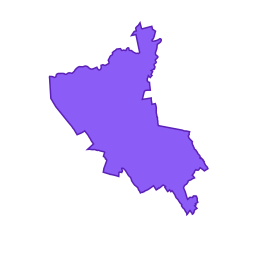 the district of Popricani, Iasi, Romania, rotated 346°
{"feature_id": "2599482B80452302605410", "entity_name": "Popricani", "entity_type": "district", "adm_level": 2, "iso_a3": "ROU", "parent_name": "Romania", "parent_adm1": "Iasi", "projection": "albers", "projection_center": [27.54, 47.269], "detail": "fine", "context": "isolated", "style": "filled", "palette": "violet", "viewbox_px": 256, "rotation_deg": 346, "n_neighbors": 0, "source": "geoboundaries", "source_scale": "gbopen_adm2", "svg_char_len": 5785}
<svg xmlns="http://www.w3.org/2000/svg" viewBox="0 0 256 256"><g transform="rotate(346 128 128)"><path d="M186.9,146.5L183.6,144.9L183.4,145.0L182.0,144.5L180.1,143.2L177.5,142.0L176.0,141.3L161.2,134.5L158.2,133.1L158.0,132.9L158.0,132.2L158.2,130.1L158.6,128.4L158.7,126.4L159.1,125.3L159.0,124.1L158.8,123.8L158.7,123.8L159.0,122.7L159.1,119.9L160.3,115.5L160.4,114.8L160.5,112.5L160.3,110.9L157.0,110.8L157.4,106.1L157.8,104.5L148.8,103.7L152.6,96.6L153.6,95.9L155.4,95.9L156.7,96.2L158.8,96.7L159.5,91.3L159.9,88.9L159.0,88.5L158.7,88.2L158.4,87.1L158.2,86.8L158.0,86.6L158.4,85.7L158.7,84.6L159.1,84.3L159.4,83.9L160.4,82.2L161.8,84.4L163.4,83.2L164.0,82.9L163.4,81.6L165.5,79.3L164.4,77.8L167.5,77.3L167.4,76.8L168.1,76.6L168.4,76.4L168.7,75.8L169.0,75.0L168.6,74.0L168.5,73.3L168.6,72.7L169.0,72.3L170.8,71.6L171.2,71.2L171.3,71.0L171.3,70.5L170.9,69.2L170.9,68.6L171.1,68.3L172.5,67.7L173.5,67.0L174.2,66.4L174.2,66.2L174.2,65.9L174.1,65.6L172.7,63.8L172.6,62.5L172.7,62.1L172.9,61.5L175.1,58.0L175.6,56.8L176.2,54.9L176.7,54.0L177.0,53.8L179.4,52.9L180.2,52.5L180.9,51.9L181.5,50.9L181.6,50.4L181.5,49.8L181.1,49.3L180.6,49.1L178.3,49.8L176.9,50.0L174.8,50.0L173.4,49.9L172.7,49.6L172.4,49.2L172.5,48.6L172.8,48.3L174.0,47.6L174.8,46.6L175.5,45.5L178.1,40.7L175.7,38.1L175.7,35.1L165.9,35.2L165.6,35.1L165.3,34.8L165.2,34.5L165.1,28.8L163.1,30.7L160.7,32.0L159.9,32.6L159.6,33.1L159.6,35.8L157.4,35.8L153.8,39.1L158.3,39.3L157.6,57.5L157.5,57.8L156.1,58.2L155.2,57.7L154.3,57.7L153.7,57.5L151.5,55.6L150.2,53.8L149.7,53.5L148.3,53.1L148.0,52.7L147.9,52.3L148.1,51.1L148.1,50.7L147.6,50.2L147.0,50.2L145.8,50.9L145.4,51.2L145.4,51.5L145.1,52.0L144.9,52.2L144.5,52.3L143.7,52.0L142.9,51.4L142.4,51.3L141.2,51.4L140.8,51.3L140.5,51.1L140.3,50.7L140.1,49.6L139.9,49.2L139.7,49.1L136.0,48.7L134.5,49.7L132.9,50.1L132.1,50.5L131.7,50.9L131.1,51.1L131.0,51.5L131.1,52.2L130.6,53.0L130.0,53.4L128.5,53.8L128.0,54.2L126.6,55.9L125.2,57.5L125.5,59.4L125.3,60.3L125.1,60.5L124.4,60.9L121.3,61.7L120.3,61.5L119.9,61.2L119.0,60.5L117.0,60.7L116.7,62.5L116.5,63.2L115.9,64.1L114.9,64.7L114.4,64.8L114.0,64.8L113.4,64.3L112.8,63.0L112.5,61.5L108.7,62.1L107.2,62.2L106.7,62.0L105.7,61.4L104.9,60.6L103.8,58.9L103.2,58.3L101.9,57.6L100.8,57.5L98.9,57.7L95.7,56.7L94.5,56.8L93.0,57.4L91.1,58.5L89.6,60.0L87.6,61.1L87.0,61.3L86.4,61.2L84.9,60.4L83.8,60.2L82.8,60.3L81.3,60.9L80.7,60.9L80.0,60.6L79.1,59.7L77.8,59.2L73.4,58.2L72.3,58.4L71.6,58.8L71.3,59.1L70.7,60.3L70.4,60.8L69.7,61.1L69.0,61.2L68.3,60.7L67.2,59.9L66.5,59.6L63.9,58.8L64.2,59.0L63.9,61.2L60.3,80.6L63.1,89.9L71.7,108.4L73.9,112.9L74.5,114.8L75.1,115.9L75.4,116.8L77.0,122.2L81.6,121.5L84.8,120.6L85.3,120.3L86.2,122.3L86.6,123.1L86.8,123.7L87.3,124.7L88.0,126.9L88.2,127.8L88.8,129.3L89.2,131.2L90.4,134.4L90.7,135.1L83.5,139.0L86.0,139.4L86.8,139.9L88.6,140.5L90.4,140.8L92.7,142.3L94.0,142.5L94.3,142.6L95.3,143.4L99.0,145.3L99.4,145.7L99.5,145.9L97.3,149.5L98.0,150.4L98.3,150.6L98.6,151.1L98.6,152.5L98.9,152.8L99.3,152.9L99.7,154.0L98.6,155.9L97.5,157.4L97.2,157.8L97.1,158.2L95.5,160.4L94.7,161.7L93.6,164.3L93.3,164.9L98.3,167.9L99.4,168.7L100.1,168.9L102.8,170.2L106.2,172.1L107.3,172.8L108.5,168.9L108.9,168.7L111.1,169.6L111.3,169.0L111.7,169.0L112.1,168.6L112.3,168.2L112.0,166.2L112.2,165.6L113.6,166.0L115.0,168.1L115.6,169.8L116.9,173.9L117.5,175.1L117.9,175.7L118.5,176.5L118.8,178.7L118.8,179.6L118.7,179.8L119.5,182.2L120.6,185.0L121.0,185.4L122.6,187.6L123.1,188.5L123.3,190.6L123.9,191.9L124.3,194.0L125.6,193.7L126.7,194.0L126.9,193.7L128.7,193.6L128.8,193.5L128.8,193.2L131.1,192.9L132.2,192.7L134.0,192.1L138.8,190.2L139.3,191.5L140.4,194.9L142.1,194.4L142.0,194.1L142.5,193.9L143.5,193.6L144.0,193.9L148.3,191.8L150.2,193.8L149.4,194.4L150.9,198.8L151.2,199.3L153.4,198.1L154.2,200.2L155.5,199.5L156.0,200.4L157.3,204.0L157.6,206.3L157.9,207.4L159.2,209.6L159.6,211.1L160.0,212.1L160.4,213.4L161.1,214.4L161.6,215.4L161.4,215.5L161.1,216.6L161.4,217.1L161.8,218.6L162.4,219.4L162.5,219.5L163.1,220.7L163.5,222.2L163.5,222.6L163.6,223.0L164.1,223.8L164.4,225.6L164.3,226.0L164.1,226.2L164.1,226.3L164.8,225.9L168.0,223.0L168.3,223.0L169.0,225.4L169.5,226.1L169.6,227.2L170.1,227.1L171.0,226.4L171.4,226.1L171.4,225.7L171.8,225.3L172.3,224.3L172.8,223.8L173.2,223.5L175.5,222.7L173.9,219.5L175.4,219.1L175.5,218.8L175.1,217.7L177.7,217.1L177.8,217.0L177.6,215.9L177.6,215.4L177.8,214.2L178.1,213.4L178.1,212.9L178.0,211.4L177.5,210.3L176.9,210.6L176.2,210.0L175.2,209.8L175.0,210.1L174.8,210.2L174.6,210.1L174.2,210.5L174.0,211.0L173.8,211.1L172.0,210.4L170.8,210.3L170.5,210.5L169.6,211.3L168.6,211.7L168.3,209.6L168.1,203.9L167.4,199.4L169.0,197.4L171.0,196.7L171.6,196.3L173.0,195.1L173.7,193.8L176.5,193.5L178.5,192.8L180.1,192.6L180.5,192.5L180.0,191.2L179.5,190.2L178.9,189.4L181.2,187.5L181.7,187.0L182.0,186.2L183.8,184.8L184.0,184.9L184.3,185.3L184.6,185.6L186.2,185.9L188.4,184.0L190.5,186.4L191.7,188.1L195.7,186.8L195.5,185.4L195.2,184.6L194.4,183.3L193.9,181.7L193.8,180.8L193.6,180.3L193.5,179.6L193.6,179.4L193.8,178.9L193.5,178.3L193.0,177.8L192.9,177.5L193.1,177.2L193.1,176.8L192.7,176.4L192.5,175.9L190.7,174.9L190.6,174.6L191.4,174.4L191.2,174.2L190.9,173.6L191.0,173.2L191.1,172.9L190.7,171.6L189.9,170.4L189.6,169.6L189.6,169.2L189.4,169.1L189.3,168.0L188.7,166.7L188.7,166.2L188.0,165.1L187.6,164.9L187.3,164.4L187.3,162.8L187.0,162.1L187.0,161.2L186.8,160.8L186.8,160.3L186.6,159.8L186.6,158.6L186.5,158.1L186.7,157.5L187.2,157.0L186.9,156.3L186.7,156.1L186.6,155.8L186.5,155.5L186.2,155.4L185.9,154.9L185.9,154.6L185.8,154.3L185.5,154.1L184.9,152.6L184.6,152.1L184.7,151.7L184.7,151.1L184.7,150.8L184.5,150.6L184.5,150.4L184.9,149.9L185.8,149.3L185.8,148.6L186.0,148.1L186.1,147.5L186.2,147.3L186.5,147.2L186.9,146.5Z" fill="#8b5cf6" stroke="#5b21b6" stroke-width="1.5"/></g></svg>